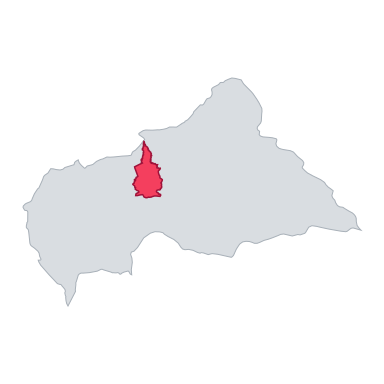 Kaga-Bandoro, Nana-Grébizi, Central African Republic (highlighted)
{"feature_id": "33826404B9567885504809", "entity_name": "Kaga-Bandoro", "entity_type": "district", "adm_level": 2, "iso_a3": "CAF", "parent_name": "Central African Republic", "parent_adm1": "Nana-Grébizi", "projection": "albers", "projection_center": [19.16, 7.502], "detail": "fine", "context": "in_parent", "style": "filled", "palette": "rose", "viewbox_px": 384, "rotation_deg": 0, "n_neighbors": 0, "source": "geoboundaries", "source_scale": "gbopen_adm2", "svg_char_len": 7938}
<svg xmlns="http://www.w3.org/2000/svg" viewBox="0 0 384 384"><path d="M272.5,137.8L276.3,138.8L276.9,139.9L275.9,143.8L276.7,146.2L278.9,148.2L281.1,149.0L283.1,149.5L290.4,150.7L293.5,152.1L297.5,156.5L302.6,160.6L303.8,162.7L303.6,164.7L302.2,167.1L302.4,168.1L304.7,170.5L307.4,172.9L312.3,175.6L320.7,179.7L324.6,182.5L325.9,184.7L328.1,187.0L331.1,189.1L333.2,190.8L331.9,195.5L332.3,197.0L333.1,198.4L334.8,200.2L335.6,202.6L337.4,205.5L339.5,206.8L342.9,207.3L344.8,208.6L348.6,210.9L352.3,212.9L353.9,214.3L354.9,215.5L355.8,217.0L356.2,218.4L356.3,221.6L357.1,225.5L359.1,228.2L361.0,230.2L353.4,228.0L352.3,228.0L350.9,228.4L347.1,231.3L345.8,231.7L340.9,231.2L328.9,229.1L319.6,227.1L316.9,226.4L311.9,225.7L308.7,227.2L305.7,232.3L304.8,233.3L300.1,234.9L297.8,234.5L292.3,236.0L283.7,234.0L280.6,234.4L278.2,235.5L272.1,237.9L268.4,239.2L264.0,240.4L259.9,242.3L257.2,243.3L254.4,243.3L252.0,242.3L249.3,241.5L246.1,241.3L242.7,241.9L239.9,243.9L238.8,245.3L236.3,249.2L233.5,255.4L232.3,256.7L231.3,257.3L217.8,254.3L212.1,253.6L208.2,254.6L203.3,252.9L201.1,252.6L200.1,253.2L197.4,252.4L193.0,250.3L188.7,249.4L184.9,249.7L182.6,249.0L180.7,247.0L178.3,243.2L173.9,239.5L168.0,236.5L164.4,234.2L162.9,232.7L159.8,231.9L155.0,231.7L150.3,233.2L143.7,237.9L137.5,247.5L134.0,251.2L131.3,252.1L130.6,254.4L131.9,258.1L132.3,262.4L131.3,269.6L131.7,274.8L130.2,274.0L128.8,271.5L128.1,271.0L124.0,272.1L121.9,273.1L120.8,274.1L119.9,274.2L118.6,272.9L117.6,272.6L116.0,272.9L114.3,272.8L113.3,272.7L112.6,272.8L110.7,272.0L103.6,269.9L102.4,269.3L101.0,269.3L97.4,271.1L95.4,271.5L89.6,272.6L83.4,273.1L81.0,273.1L79.4,273.9L78.3,275.0L76.3,281.6L75.8,282.7L75.9,284.4L75.3,289.8L75.5,291.4L68.0,306.0L66.7,303.6L66.0,300.7L65.7,297.4L65.9,296.6L65.4,295.6L64.8,292.9L65.4,291.2L64.9,289.4L63.5,287.6L62.2,286.2L61.4,285.0L60.8,284.5L59.4,284.3L57.4,283.6L49.2,274.9L40.7,265.2L38.9,262.1L38.2,260.2L40.4,260.1L40.9,259.7L40.9,258.9L39.7,256.4L39.1,253.2L38.0,251.3L34.7,248.3L31.5,246.0L30.5,244.9L29.9,243.2L28.8,232.7L28.3,229.8L27.3,228.5L26.5,227.9L26.3,227.1L26.4,225.3L26.9,223.6L26.8,222.9L27.7,221.5L27.8,211.8L26.8,210.5L24.9,210.4L23.9,209.0L23.0,207.2L23.3,206.0L25.2,204.0L26.4,203.3L30.1,201.8L31.1,201.0L31.8,200.1L32.2,198.8L34.4,193.8L37.6,188.9L38.9,187.9L42.2,180.6L42.9,178.8L43.5,176.9L44.5,175.4L48.0,173.0L50.7,168.7L53.5,168.9L56.4,169.6L60.1,170.0L63.0,169.2L64.9,167.5L74.0,164.7L74.7,162.3L76.1,161.1L77.8,160.1L78.3,159.9L78.4,160.7L79.4,163.1L81.5,165.5L84.5,168.2L85.3,168.0L87.2,166.0L91.9,164.8L93.1,164.3L96.5,161.4L100.5,159.5L102.9,158.9L106.9,157.0L109.8,157.2L114.5,156.9L122.2,156.1L127.8,155.8L130.6,155.4L131.3,155.0L132.4,152.2L133.3,151.4L135.4,150.2L139.5,146.0L142.2,142.5L143.0,141.2L143.6,140.9L144.7,139.4L143.6,137.9L139.0,134.7L139.0,134.3L138.8,133.8L139.0,133.3L140.8,132.1L143.2,130.6L145.7,130.0L152.3,130.2L157.9,129.8L159.2,129.9L163.6,129.2L166.6,128.5L169.6,127.0L176.6,127.1L182.4,123.2L184.1,122.5L184.8,121.9L185.0,121.3L187.7,119.8L190.7,116.6L193.1,113.7L193.8,111.7L200.3,104.9L202.6,105.0L203.7,104.1L206.3,99.6L207.1,98.7L209.8,97.9L211.1,96.6L212.1,94.5L212.1,92.1L211.6,90.1L211.6,89.1L212.2,88.2L213.3,87.3L218.2,84.8L219.5,83.6L220.2,82.6L221.6,82.4L223.2,82.5L224.1,81.8L225.2,80.7L228.6,79.2L231.8,78.0L235.2,78.4L241.2,79.9L243.1,83.1L244.0,84.3L251.5,91.9L253.0,93.7L256.8,99.2L259.1,103.0L261.8,108.4L262.0,111.3L261.7,113.8L261.3,121.0L260.6,123.0L257.4,126.9L257.2,128.6L257.9,130.1L258.9,130.7L259.6,131.4L259.2,134.7L260.4,136.0L262.9,136.9L269.2,137.4L272.5,137.8Z" fill="#d9dde1" stroke="#a8b0b8" stroke-width="1"/><path d="M143.9,141.5L143.8,142.3L143.9,142.6L143.8,142.9L143.5,143.0L143.4,143.4L143.5,143.5L143.8,143.7L143.9,143.8L143.8,144.0L143.7,144.1L143.4,144.3L143.4,144.5L143.5,144.9L143.6,145.1L143.8,145.4L143.8,145.5L143.9,145.8L143.7,145.8L143.6,146.0L143.4,146.0L143.3,146.3L143.4,146.5L143.5,146.7L143.5,146.8L143.3,147.1L143.2,147.1L143.0,147.4L143.0,147.6L143.1,147.8L143.1,148.0L143.0,148.4L142.9,148.5L142.7,148.6L142.4,148.7L142.3,149.1L142.4,149.4L142.4,149.6L142.4,149.9L142.5,150.0L142.9,150.1L143.1,150.2L143.2,150.3L143.3,150.3L143.5,150.8L143.6,151.0L143.5,151.3L143.5,151.6L143.6,152.1L143.6,152.3L143.6,152.5L143.4,152.6L143.2,152.8L143.3,153.0L143.4,153.6L143.4,153.8L143.2,154.0L143.1,154.4L143.3,154.5L143.5,154.6L143.5,154.9L143.4,155.0L143.2,155.2L143.1,155.3L143.1,155.5L143.0,155.8L142.7,155.9L142.7,156.0L142.6,156.4L142.6,156.5L142.6,156.8L142.6,157.0L142.4,157.4L142.4,157.5L142.5,157.6L142.6,157.8L142.6,158.2L142.6,158.3L142.5,158.5L142.4,158.6L142.2,158.7L141.8,158.8L141.7,158.9L141.6,159.0L141.8,159.3L142.0,159.4L142.1,159.5L142.1,159.9L141.8,160.1L141.4,160.1L141.3,160.3L141.2,160.3L141.3,160.5L141.7,160.9L141.7,161.1L141.6,161.4L141.6,161.5L141.4,161.8L141.3,162.1L141.4,162.4L141.4,162.6L141.7,162.8L142.0,162.8L142.3,162.8L142.4,163.0L142.1,163.1L141.9,163.2L141.5,163.4L141.4,163.5L139.6,164.3L134.6,166.8L134.8,167.9L136.0,171.1L137.9,176.3L137.6,176.7L137.4,176.8L137.2,176.9L136.9,177.0L136.7,177.1L136.3,177.2L136.2,177.3L136.0,177.7L136.0,177.9L136.0,178.1L136.0,178.3L136.0,178.5L135.9,178.8L135.7,178.9L135.5,179.1L135.1,179.2L134.7,179.4L134.4,179.7L134.4,180.0L135.0,180.2L135.3,180.3L135.5,180.4L135.5,180.5L135.4,180.7L135.2,180.9L134.8,181.0L134.7,181.1L134.5,181.3L134.4,181.6L134.3,181.8L134.2,182.1L134.3,182.2L134.3,182.4L134.3,182.7L134.2,182.9L134.1,183.2L133.9,183.3L133.5,183.4L133.4,183.5L133.2,183.6L133.0,183.8L133.0,184.1L133.0,184.3L132.9,184.5L133.1,184.7L134.5,185.8L134.7,186.4L134.9,187.6L135.0,187.7L135.3,187.7L135.5,187.7L135.6,187.8L135.4,188.2L135.3,188.7L135.2,189.1L137.0,190.5L137.8,190.7L138.3,191.0L138.5,191.2L138.8,191.5L138.8,191.8L138.8,192.1L138.6,192.4L137.9,192.7L137.1,193.2L136.5,193.4L136.2,193.6L136.0,194.0L135.8,194.8L135.7,195.6L137.3,195.6L140.2,194.9L141.4,194.8L142.0,194.6L142.3,194.6L142.6,194.7L143.0,195.0L143.6,196.1L143.7,196.4L143.9,196.8L144.3,197.1L144.7,197.3L145.1,197.4L145.8,197.7L146.3,197.7L146.7,197.7L147.4,197.6L148.4,197.1L149.0,197.3L151.2,197.1L152.3,196.6L154.4,196.0L156.2,196.0L160.0,196.4L160.5,195.6L160.7,195.2L160.6,194.7L160.5,194.4L160.0,194.3L159.8,194.4L159.5,194.0L159.3,193.9L158.9,193.8L158.5,194.0L158.3,193.7L158.2,192.9L157.8,192.5L156.9,192.3L156.7,192.0L156.4,191.3L156.6,190.7L156.9,190.3L157.8,190.0L158.5,189.8L159.2,190.0L160.0,189.8L160.4,189.5L160.4,189.3L160.3,188.8L160.4,188.5L161.4,188.0L161.7,187.2L161.7,186.5L161.5,185.9L161.4,185.5L161.6,185.1L161.6,184.6L161.4,183.2L161.0,183.1L161.0,182.7L161.3,182.3L161.6,181.9L162.1,180.8L162.3,180.1L162.3,179.7L161.9,179.2L161.1,178.7L159.9,177.8L159.9,176.2L159.2,175.0L159.0,174.8L158.5,173.0L158.3,171.9L158.4,171.0L158.8,170.3L159.4,170.0L160.3,168.7L160.2,168.2L159.9,168.3L159.6,168.7L159.2,168.6L159.0,168.3L158.8,168.1L158.6,168.1L158.3,168.1L158.1,167.9L157.8,168.0L157.1,167.9L156.9,167.8L156.9,167.1L157.2,166.5L157.4,166.0L157.2,165.7L156.6,165.6L156.6,165.2L156.9,164.9L157.1,164.7L156.7,164.7L156.3,164.8L156.0,164.6L155.5,164.3L155.5,164.0L155.3,163.8L155.1,163.6L154.7,163.6L154.4,163.9L154.1,163.9L153.7,163.7L153.3,163.2L153.1,163.2L153.1,163.6L152.9,163.6L152.7,163.3L152.1,162.7L151.8,162.7L151.7,163.1L151.6,163.3L151.2,163.2L150.8,162.6L150.2,161.7L150.4,161.4L150.8,161.2L151.0,161.0L150.9,160.7L150.5,160.5L150.3,160.1L150.3,159.8L150.6,159.5L151.0,159.2L150.9,158.8L150.8,158.6L150.6,158.3L151.0,157.7L151.2,157.2L150.9,156.7L150.8,156.1L151.2,155.9L151.6,155.7L151.3,155.3L151.1,155.1L151.0,154.7L151.1,154.3L151.4,154.0L151.3,153.7L151.1,153.5L151.1,153.3L150.8,153.0L150.7,152.2L150.0,151.8L149.7,151.3L149.2,151.0L149.0,150.4L148.7,150.0L148.3,150.0L148.2,149.7L148.1,149.4L148.0,149.2L148.1,148.9L148.2,148.7L147.8,148.3L147.8,147.8L147.5,147.4L147.1,146.9L146.7,146.6L146.3,146.5L145.7,145.8L145.3,144.5L144.7,144.2L144.4,142.6L144.2,141.7L143.9,141.5Z" fill="#f43f5e" stroke="#9f1239" stroke-width="1.5"/></svg>